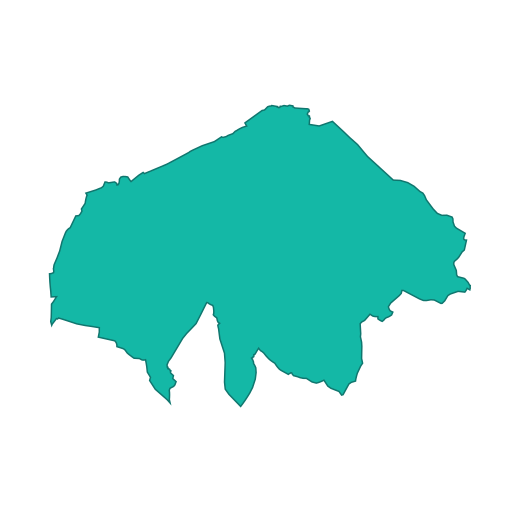 Ticvaniu Mare, Caras-Severin, Romania, rotated 84°
{"feature_id": "2599482B6579395870045", "entity_name": "Ticvaniu Mare", "entity_type": "district", "adm_level": 2, "iso_a3": "ROU", "parent_name": "Romania", "parent_adm1": "Caras-Severin", "projection": "natural_earth1", "projection_center": [21.657, 45.172], "detail": "fine", "context": "isolated", "style": "filled", "palette": "teal", "viewbox_px": 512, "rotation_deg": 84, "n_neighbors": 0, "source": "geoboundaries", "source_scale": "gbopen_adm2", "svg_char_len": 5601}
<svg xmlns="http://www.w3.org/2000/svg" viewBox="0 0 512 512"><g transform="rotate(84 256 256)"><path d="M393.2,356.8L389.7,357.2L387.4,356.8L385.1,356.5L382.8,356.3L380.5,356.3L378.6,355.4L377.1,351.6L375.8,350.2L372.6,348.6L369.2,351.6L366.3,350.6L363.5,353.1L363.0,353.2L361.9,353.1L361.7,352.8L361.4,352.6L361.1,353.0L361.0,353.4L359.8,353.6L359.2,354.3L358.9,354.8L359.1,355.2L358.8,355.4L358.5,355.5L358.0,355.3L357.5,355.2L357.4,355.8L355.0,355.9L351.5,354.0L348.4,351.1L330.2,337.5L328.7,336.0L325.8,333.1L322.7,329.4L321.6,328.1L317.0,322.7L307.8,316.7L298.5,310.8L297.1,309.8L297.6,308.6L298.6,307.6L299.8,305.8L300.6,304.2L302.6,303.7L306.0,303.7L308.5,304.0L310.0,304.6L311.6,303.5L312.5,302.5L313.4,301.5L314.9,301.3L316.3,301.2L318.2,300.5L319.1,299.2L320.8,301.2L322.4,301.1L324.5,300.8L334.7,300.6L349.3,297.5L358.9,297.8L378.1,300.5L385.2,300.5L390.7,297.4L404.0,287.0L401.1,284.3L398.0,281.6L394.9,279.1L391.7,276.6L386.5,273.2L378.4,269.6L372.0,268.1L367.2,267.9L365.6,268.4L364.5,268.8L362.8,269.6L360.9,269.6L358.8,270.2L357.1,271.1L356.8,270.3L356.7,269.8L356.0,269.6L355.9,268.8L355.0,268.5L353.9,268.5L353.5,267.2L350.6,265.1L348.0,263.0L349.3,262.3L350.6,261.4L351.7,259.9L353.3,258.4L356.6,256.3L359.5,254.1L360.4,253.3L361.3,252.4L363.0,250.5L364.6,248.5L367.1,247.2L368.9,246.1L371.0,244.6L372.3,243.1L374.6,239.8L377.1,236.2L376.9,235.9L376.4,235.1L376.3,234.4L375.7,233.6L376.0,232.7L377.2,232.3L378.1,231.7L378.9,231.2L379.8,228.8L380.6,226.8L381.6,224.9L382.0,223.6L382.4,222.4L382.7,221.1L382.8,219.9L383.0,218.6L387.1,213.5L388.7,209.3L388.4,207.3L387.9,205.3L387.3,203.3L386.6,201.4L392.9,198.2L395.4,195.3L399.4,187.6L403.3,185.4L403.0,183.9L393.0,177.0L391.6,174.4L390.8,170.1L388.8,169.6L386.8,168.9L384.9,168.2L383.0,167.4L376.1,163.2L373.8,161.2L369.0,161.7L356.9,160.2L352.8,160.0L347.3,160.6L344.4,160.0L334.2,159.5L332.7,157.8L331.4,154.7L325.8,148.7L327.9,146.2L328.4,144.9L328.7,143.7L328.9,142.4L329.0,141.1L331.3,141.3L332.1,140.4L332.9,139.4L333.6,138.4L334.2,137.3L333.7,136.5L333.2,135.7L332.5,135.0L331.8,134.3L330.9,132.7L330.6,131.3L330.1,129.9L329.5,128.6L328.8,127.3L326.1,125.8L324.6,128.2L323.6,128.8L322.5,129.2L321.4,129.5L320.2,129.6L316.9,127.0L310.3,117.6L308.4,115.5L305.5,114.5L305.7,112.9L315.8,97.8L317.7,94.2L318.1,91.3L317.8,86.6L318.4,83.3L322.5,77.0L322.5,75.8L320.3,73.0L315.4,69.3L314.1,66.7L312.3,58.8L312.7,56.7L313.7,52.3L313.7,52.0L312.8,51.2L311.8,50.4L310.2,49.4L312.0,46.9L311.1,46.6L310.4,46.3L310.1,46.3L309.2,46.3L307.7,46.0L307.4,46.4L307.2,46.7L304.5,47.8L300.8,50.4L299.9,51.5L297.7,57.5L297.1,57.9L296.6,58.1L296.1,58.3L295.6,58.4L295.3,58.4L291.3,58.3L285.2,60.2L283.2,60.0L281.9,59.1L280.0,56.3L278.5,54.6L274.5,51.4L273.6,50.7L271.8,48.2L262.2,45.0L262.1,45.8L261.9,46.5L261.5,47.2L260.9,47.7L258.8,47.3L255.3,45.6L249.2,53.8L247.1,55.5L242.8,56.5L239.7,56.3L237.8,56.9L235.4,61.9L235.0,66.9L232.6,71.2L227.6,75.0L218.0,80.7L213.5,82.1L210.9,83.5L209.0,86.2L203.2,91.5L198.9,97.4L195.9,104.7L194.9,111.5L168.7,134.7L164.6,137.5L155.9,143.3L155.1,144.0L148.2,150.3L147.6,150.8L141.8,155.7L130.1,165.9L133.3,179.6L132.7,181.8L130.7,189.3L126.4,188.5L125.8,188.2L125.1,187.8L124.5,187.9L123.9,188.2L123.6,188.2L123.6,188.4L122.3,188.3L122.1,189.3L121.3,189.6L120.3,190.2L118.3,189.1L118.0,188.2L117.5,187.8L115.6,188.2L115.0,189.3L114.8,190.8L113.5,198.4L112.8,202.1L111.7,203.3L111.7,203.5L110.6,203.6L109.9,205.9L109.6,206.8L109.9,208.2L110.3,209.0L109.3,212.4L109.9,215.4L109.6,216.2L110.7,216.8L110.6,217.8L110.8,217.9L110.1,219.3L109.6,219.1L108.3,223.6L108.0,224.7L108.4,225.1L108.4,227.1L108.8,228.8L111.4,231.9L111.7,232.3L111.7,232.5L112.0,234.6L111.9,234.7L122.1,252.5L122.5,253.1L125.8,251.7L125.9,252.2L126.7,256.0L127.0,256.9L127.7,258.8L128.6,260.9L129.4,262.4L129.7,263.5L131.9,266.2L132.7,269.3L133.2,271.2L134.1,273.1L134.6,276.2L134.3,277.2L134.1,277.6L133.9,277.8L137.9,285.5L140.7,297.9L144.0,307.6L145.2,310.7L145.8,311.5L147.6,315.8L152.4,327.6L155.4,335.1L158.6,345.6L162.4,358.3L161.1,359.5L162.1,361.5L163.2,363.7L163.7,364.6L164.0,365.0L168.9,372.5L167.6,373.4L165.0,374.8L164.0,375.3L163.4,377.3L163.0,379.9L163.4,382.2L165.3,383.8L166.7,384.0L167.2,384.1L167.8,384.2L169.4,384.7L170.8,385.8L170.8,386.9L169.3,386.9L167.6,388.8L167.6,390.0L167.8,393.8L167.8,394.4L167.8,395.2L167.0,396.6L166.6,398.4L170.7,400.6L172.0,402.6L172.6,404.9L173.6,408.3L175.7,418.6L177.9,417.6L178.0,417.8L179.9,418.6L181.8,419.3L183.8,419.9L185.8,420.4L191.0,424.7L193.2,424.4L196.0,426.5L197.3,428.0L197.3,431.0L208.4,437.8L208.8,438.6L209.2,439.4L209.7,440.1L210.2,440.8L210.9,441.4L211.5,442.1L212.3,442.6L213.1,443.1L221.2,447.3L230.2,450.6L230.5,450.7L233.8,452.4L237.0,454.0L240.2,455.8L243.4,457.6L244.9,458.1L246.4,458.4L247.4,458.8L250.0,458.7L251.4,459.1L251.7,460.1L252.0,461.1L252.1,462.2L252.1,463.2L256.6,463.5L261.1,463.7L265.5,463.8L270.0,463.8L271.9,463.9L275.3,464.0L275.6,458.6L280.3,462.3L282.5,464.4L290.7,465.4L296.0,466.1L299.8,467.0L303.5,466.4L302.4,465.8L301.9,465.3L301.4,464.8L297.4,461.0L297.9,459.9L297.0,458.9L298.8,454.6L304.8,441.2L305.0,440.5L307.3,433.0L308.1,429.8L308.7,427.4L310.9,419.3L313.3,419.6L315.3,419.8L320.2,421.3L325.6,405.3L327.5,404.1L328.4,403.9L329.4,403.7L330.4,403.7L331.6,403.8L333.7,399.0L334.4,397.5L335.7,396.1L339.0,394.2L340.5,392.8L342.0,391.2L343.5,389.6L344.9,388.0L345.8,382.6L347.3,380.5L347.6,379.6L347.7,378.9L347.8,378.1L347.7,377.4L347.6,376.7L351.2,376.4L354.8,376.2L355.1,376.2L355.3,376.2L355.6,376.2L360.1,376.2L365.6,373.6L368.7,374.8L378.0,370.1L389.6,359.4L393.2,356.8Z" fill="#14b8a6" stroke="#0f766e" stroke-width="1.5"/></g></svg>